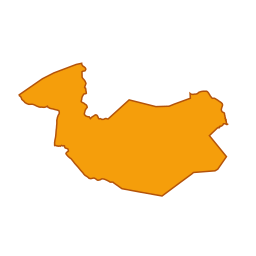 the district of Pespire, Choluteca, Honduras, rotated 346°
{"feature_id": "27666195B26352137717049", "entity_name": "Pespire", "entity_type": "district", "adm_level": 2, "iso_a3": "HND", "parent_name": "Honduras", "parent_adm1": "Choluteca", "projection": "albers", "projection_center": [-87.341, 13.59], "detail": "fine", "context": "isolated", "style": "filled", "palette": "amber", "viewbox_px": 256, "rotation_deg": 346, "n_neighbors": 0, "source": "geoboundaries", "source_scale": "gbopen_adm2", "svg_char_len": 5323}
<svg xmlns="http://www.w3.org/2000/svg" viewBox="0 0 256 256"><g transform="rotate(346 128 128)"><path d="M202.1,190.6L205.1,189.7L216.6,179.6L205.1,155.1L215.1,149.4L215.5,149.6L216.2,149.8L216.5,149.8L216.8,149.8L217.0,149.7L217.0,149.2L216.9,148.9L217.0,148.7L217.5,148.6L218.9,148.7L219.3,148.7L219.5,148.6L220.2,148.3L220.9,147.9L221.1,147.7L221.4,147.2L221.6,147.1L221.8,147.0L222.0,147.0L223.5,147.5L224.3,148.2L224.8,148.6L225.0,148.6L225.3,148.5L225.5,148.4L225.3,148.2L225.1,148.0L224.9,147.8L224.7,147.5L224.9,145.6L225.0,145.1L225.0,144.9L225.0,144.7L224.9,144.6L224.7,144.6L224.6,144.2L224.7,143.9L224.9,143.8L225.1,143.7L225.2,143.3L225.1,143.2L224.9,143.0L224.6,142.7L224.5,142.3L224.8,141.8L224.9,141.5L224.9,141.1L224.8,140.7L225.0,139.6L224.9,139.2L225.0,137.8L225.1,137.4L225.1,137.0L225.0,136.8L224.9,136.5L223.6,135.4L223.2,134.9L223.1,134.6L223.0,134.3L223.0,133.8L222.9,133.4L223.0,132.9L223.0,132.6L223.9,130.9L224.7,129.7L225.0,129.2L225.2,128.9L225.3,128.4L225.4,128.0L225.3,127.6L225.3,127.2L225.0,126.7L224.8,126.2L223.7,124.9L222.5,123.6L221.6,122.5L219.6,120.5L219.1,120.1L218.7,119.9L217.3,119.7L217.1,119.6L216.9,119.4L216.6,119.0L216.2,118.1L215.8,117.3L215.5,116.6L215.3,115.7L215.0,114.9L214.7,113.8L214.3,112.9L214.1,112.5L213.7,111.9L213.5,111.7L213.3,111.4L213.0,111.3L212.6,111.2L209.8,110.5L208.9,110.4L207.7,110.3L206.6,110.4L205.4,110.5L205.1,110.8L204.7,110.9L203.8,111.3L203.3,111.5L202.9,111.5L201.8,111.5L201.1,111.3L200.6,111.2L199.8,111.2L199.2,111.1L198.2,110.8L197.8,110.6L197.3,110.3L196.8,109.8L196.6,109.5L195.7,114.2L178.8,116.0L173.1,116.8L160.2,114.0L135.9,101.0L110.9,114.4L110.5,114.3L110.2,114.2L109.1,113.5L108.8,113.4L108.6,113.4L108.2,113.3L107.8,113.4L106.9,113.6L106.4,113.7L105.7,113.5L104.9,113.4L104.4,113.2L103.9,112.5L103.4,112.2L103.2,112.1L102.8,112.1L102.4,112.2L102.2,112.2L101.9,111.9L101.7,111.5L101.6,110.6L101.4,109.3L101.1,108.5L100.9,108.1L100.6,107.8L100.2,107.6L99.8,107.4L99.6,107.4L99.4,107.4L99.0,107.5L98.6,107.6L98.1,107.8L97.7,108.0L97.0,108.3L96.5,108.3L96.0,108.5L95.7,108.6L94.6,109.3L94.0,109.4L93.9,109.4L93.7,109.6L93.4,108.5L93.2,108.1L93.1,107.8L92.9,107.7L92.7,107.7L91.3,107.1L90.2,106.3L89.9,106.0L89.5,105.3L89.2,104.9L89.1,104.5L89.0,104.0L89.0,103.7L90.5,100.9L90.8,100.4L91.3,99.9L92.4,98.8L93.0,98.5L93.4,98.1L93.5,98.0L93.5,97.9L93.4,96.5L93.3,96.0L93.0,95.4L92.7,95.1L92.0,94.4L91.6,93.7L91.2,93.3L91.0,93.1L90.4,92.6L89.3,91.6L89.2,91.4L89.1,91.2L89.0,90.8L89.1,90.7L89.3,90.2L89.9,89.3L90.2,88.4L90.5,87.7L90.8,87.1L91.2,86.6L91.6,86.1L92.2,85.4L92.7,85.0L93.1,84.6L93.5,84.4L93.8,84.3L94.2,84.3L95.4,84.5L95.6,84.4L95.8,84.3L96.0,84.2L96.2,82.2L96.2,81.3L96.4,80.5L96.4,79.7L96.5,79.2L96.4,79.1L96.3,78.9L96.0,78.5L95.8,78.3L95.7,78.3L95.7,78.2L95.9,77.7L97.5,75.4L98.0,74.6L98.0,74.4L97.9,73.7L97.7,72.5L97.5,71.8L97.3,71.2L96.6,69.8L96.1,68.9L96.0,68.4L95.8,67.9L95.8,67.5L95.9,67.0L96.0,66.6L96.3,65.2L96.7,63.3L96.9,62.5L97.0,62.3L97.2,62.2L97.5,62.1L98.0,62.0L98.5,62.0L99.5,62.1L100.1,62.1L100.3,61.9L100.9,61.3L101.2,60.9L101.3,60.7L101.3,60.3L101.2,59.7L101.0,59.2L100.3,58.1L99.8,57.6L99.4,57.3L98.7,55.8L98.5,55.0L98.7,54.0L93.2,53.8L69.4,56.6L56.9,59.5L30.4,69.5L30.5,70.6L30.9,70.9L31.1,71.2L31.4,71.6L31.5,71.9L31.7,72.8L31.9,74.5L32.0,74.7L32.1,74.9L33.2,76.5L33.7,77.3L34.0,78.0L34.3,78.5L34.6,78.8L35.0,79.1L35.3,79.5L37.2,80.9L37.7,81.1L40.6,81.7L41.1,81.9L41.5,82.1L42.6,82.8L45.3,85.1L46.1,85.5L46.6,86.0L47.2,86.3L48.0,86.6L48.8,86.7L51.3,87.6L51.9,87.7L52.5,87.7L53.3,87.7L54.3,87.5L54.9,87.3L55.1,87.3L55.3,88.2L55.4,88.6L55.6,88.8L56.4,89.3L56.6,89.6L56.9,89.9L57.5,90.3L58.3,90.7L59.2,91.1L60.1,91.5L61.0,92.1L63.9,93.6L64.8,94.3L65.1,94.6L65.2,94.9L65.2,95.3L65.0,96.7L64.8,97.3L64.7,97.4L63.4,98.7L63.0,99.3L62.8,99.6L62.6,100.0L62.3,100.3L62.1,100.6L61.7,101.5L61.0,102.9L60.7,103.6L60.5,104.6L60.3,105.4L60.1,106.1L60.0,106.6L59.3,108.5L58.5,111.0L58.1,111.9L57.1,114.8L56.7,116.1L55.8,118.6L55.1,120.2L54.0,122.5L53.7,123.4L53.3,124.2L52.8,126.2L52.6,126.8L52.6,127.0L52.7,127.4L53.0,127.4L53.4,127.4L53.7,127.5L54.0,127.7L54.2,127.9L54.3,128.0L54.7,128.2L55.2,128.3L55.8,128.8L56.5,128.8L56.8,128.8L57.7,129.2L57.8,129.3L58.0,129.2L58.3,129.1L58.6,129.0L59.1,128.9L59.3,128.8L59.6,129.0L59.9,129.4L60.9,129.6L61.5,129.6L61.9,129.9L62.0,130.1L61.9,130.5L61.8,130.8L61.9,131.1L62.1,131.5L62.1,131.9L62.2,132.1L62.3,132.2L63.2,132.8L64.1,133.3L64.4,133.6L64.6,133.8L64.7,134.1L64.7,134.3L64.6,135.6L64.5,135.8L64.5,136.0L64.3,136.1L63.2,136.5L62.2,137.1L61.9,137.4L61.7,137.7L61.6,137.9L61.7,138.3L61.9,138.9L62.7,140.5L63.1,141.2L63.5,141.8L64.6,143.3L65.1,143.8L65.4,144.2L66.6,146.8L67.0,147.7L67.3,148.4L67.7,149.4L70.2,154.1L71.0,155.8L71.7,157.3L72.2,158.3L72.6,159.1L73.2,160.1L73.7,161.3L74.0,162.1L74.3,162.6L74.9,163.6L76.5,165.2L77.7,166.7L77.8,166.9L77.9,167.2L78.0,167.4L79.2,168.0L79.5,168.1L80.0,168.2L81.9,168.2L82.6,168.3L83.1,168.4L83.3,168.6L83.6,168.8L84.3,169.5L85.6,171.1L85.9,171.3L86.3,171.4L86.9,171.5L88.0,171.5L88.6,171.5L89.0,171.4L89.7,171.1L90.2,171.1L90.4,171.0L91.0,171.2L91.8,171.5L92.4,171.8L93.2,172.3L94.5,173.3L96.5,175.0L97.1,175.7L97.4,176.0L97.7,176.2L100.0,176.8L100.5,177.1L100.7,177.4L100.8,177.7L107.4,185.4L124.7,193.3L144.6,202.2L165.9,193.3L178.8,188.0L180.8,187.0L202.1,190.6Z" fill="#f59e0b" stroke="#b45309" stroke-width="1.5"/></g></svg>